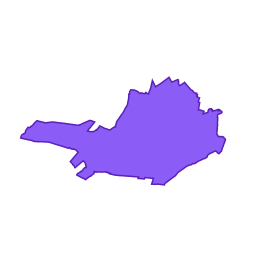 Miroslava, Iasi, Romania, rotated 293°
{"feature_id": "2599482B99405455155139", "entity_name": "Miroslava", "entity_type": "district", "adm_level": 2, "iso_a3": "ROU", "parent_name": "Romania", "parent_adm1": "Iasi", "projection": "natural_earth1", "projection_center": [27.489, 47.15], "detail": "fine", "context": "isolated", "style": "filled", "palette": "violet", "viewbox_px": 256, "rotation_deg": 293, "n_neighbors": 0, "source": "geoboundaries", "source_scale": "gbopen_adm2", "svg_char_len": 5616}
<svg xmlns="http://www.w3.org/2000/svg" viewBox="0 0 256 256"><g transform="rotate(293 128 128)"><path d="M88.4,178.6L89.8,183.7L91.5,183.7L95.7,186.2L97.5,187.2L102.6,190.3L107.0,191.5L107.4,191.9L114.7,196.4L115.3,196.7L115.7,196.7L115.8,196.9L115.9,197.0L116.3,197.6L117.7,198.9L117.9,199.0L118.3,199.8L118.8,200.5L119.2,200.8L120.0,201.2L120.5,201.5L120.8,201.7L120.8,201.9L120.8,202.5L121.7,203.7L122.0,203.9L123.6,204.8L125.3,206.0L127.0,207.7L127.6,208.1L128.2,208.8L128.7,209.1L129.1,209.4L129.5,210.0L129.9,210.6L130.2,210.9L131.8,211.9L132.4,212.2L134.0,211.9L134.7,212.2L135.9,213.1L136.8,213.4L137.1,213.8L137.4,214.3L137.7,214.6L138.8,215.5L139.5,216.1L141.2,217.6L141.1,218.0L140.2,220.2L139.8,220.8L139.9,221.3L139.9,221.6L140.0,221.9L140.9,222.1L142.1,222.6L143.1,223.1L143.3,223.0L144.3,222.9L145.7,222.8L146.6,222.7L148.7,222.7L151.5,222.4L151.8,222.5L151.8,222.4L152.7,222.4L153.1,222.3L153.8,222.4L154.8,222.4L155.4,222.2L155.7,222.1L156.1,221.3L156.3,220.4L157.0,219.5L156.8,219.3L156.8,218.9L157.0,218.3L156.3,216.8L156.2,216.3L155.9,215.4L155.5,215.1L155.8,214.0L156.3,213.4L156.8,212.7L156.8,212.3L158.8,211.4L159.3,211.3L159.6,211.3L160.7,211.0L162.7,210.3L162.9,210.1L164.4,209.7L164.6,209.5L165.7,209.4L166.6,208.8L167.2,208.5L171.8,206.9L172.9,206.3L172.9,206.0L172.9,205.9L173.4,205.9L174.5,205.5L175.4,205.4L176.5,206.2L176.7,206.5L176.9,206.9L177.2,207.3L178.0,207.9L179.1,208.4L179.5,208.3L180.7,205.0L180.3,204.7L179.9,204.5L179.6,204.5L179.1,204.7L178.9,204.4L179.3,204.0L179.8,203.8L179.7,203.7L180.1,203.4L179.7,203.1L176.4,199.2L177.6,198.8L177.8,198.6L177.4,197.9L177.6,197.5L178.3,197.4L178.4,197.2L177.2,195.3L176.5,195.6L176.2,195.0L176.0,194.9L175.3,195.1L173.5,195.4L170.4,191.6L172.5,191.5L172.9,191.5L173.1,191.4L172.7,186.6L172.7,186.4L172.3,185.7L175.0,185.1L176.8,184.6L178.1,184.4L178.7,184.2L179.0,184.2L179.4,184.1L179.4,182.5L180.8,182.3L181.7,182.3L183.6,182.1L183.6,181.5L183.7,179.4L184.0,179.4L184.0,179.0L185.7,179.0L185.6,177.8L186.8,177.8L186.7,177.0L186.3,175.4L186.4,175.0L187.7,172.7L187.7,171.3L188.0,170.6L190.7,164.9L192.1,162.3L191.3,162.0L191.1,161.7L190.0,160.9L189.4,160.7L187.3,159.0L187.1,158.8L188.0,157.7L190.0,156.4L190.2,156.6L191.6,155.7L191.9,155.6L192.1,155.0L188.9,151.9L187.3,150.4L188.0,149.4L190.7,146.0L181.2,140.4L179.5,139.2L176.7,137.2L180.8,132.5L181.0,132.2L180.9,132.2L181.2,131.9L173.7,133.3L168.3,133.4L167.4,133.6L167.3,133.4L167.4,131.5L167.5,131.3L167.6,131.1L167.6,130.4L167.3,130.5L166.5,130.4L166.1,129.7L165.6,127.9L165.7,127.4L165.5,126.3L165.4,126.3L165.4,126.2L165.2,126.0L165.0,125.8L164.7,125.8L164.6,125.4L164.5,124.3L164.8,124.0L164.9,123.8L165.1,123.7L165.1,123.4L165.4,122.8L165.4,120.5L165.4,119.2L165.1,117.9L164.6,116.6L164.4,116.2L164.2,115.6L162.6,115.4L161.8,115.4L159.8,116.2L159.5,115.5L157.3,116.4L156.9,116.5L155.6,117.0L154.7,117.2L151.2,117.9L149.7,118.3L148.8,118.4L145.8,117.9L140.5,117.5L137.7,116.8L131.7,115.6L130.7,115.3L128.8,115.2L127.5,115.5L127.0,115.4L126.5,115.6L124.5,115.5L124.2,115.6L124.0,115.9L123.7,115.4L123.1,114.6L118.9,112.0L118.9,110.7L118.7,107.6L118.5,106.5L118.7,105.3L118.8,103.5L118.9,101.7L118.8,101.0L117.5,101.0L117.1,101.1L116.7,100.9L116.7,100.7L113.8,99.9L114.0,99.5L112.7,98.8L111.7,98.1L111.4,97.8L110.2,95.6L109.5,92.9L109.5,92.3L109.3,92.1L109.4,91.8L120.5,95.0L120.4,91.5L120.1,90.0L120.0,89.8L115.0,85.0L113.4,83.6L112.1,82.6L111.9,82.0L111.7,82.1L111.4,81.7L110.9,80.7L107.5,68.1L105.2,60.2L104.3,56.8L104.0,56.1L103.5,55.1L101.4,51.6L101.1,51.1L100.5,49.8L99.4,43.2L99.2,41.4L98.0,40.8L95.2,39.6L94.4,39.6L92.0,38.5L91.6,38.4L91.3,37.8L90.5,37.7L89.9,37.1L89.7,36.9L89.8,36.4L89.5,35.6L89.0,35.6L86.0,34.9L85.4,34.8L83.4,35.3L83.3,35.2L82.7,34.9L81.6,33.9L80.9,33.4L79.9,32.9L79.3,32.9L76.8,33.1L77.7,38.3L78.7,43.3L78.9,44.5L78.9,44.9L79.0,45.5L78.9,46.5L80.2,50.5L81.7,53.9L82.1,55.3L83.3,58.4L84.0,60.4L84.2,61.9L84.8,68.4L85.6,75.3L85.6,76.3L85.9,78.1L85.9,80.6L86.1,80.9L86.3,81.1L87.1,81.8L86.6,82.5L86.5,83.2L86.7,83.7L86.9,84.0L86.7,84.4L87.0,85.8L87.4,86.0L87.4,87.4L87.5,88.3L86.6,90.6L86.2,91.6L74.5,88.0L73.1,91.3L72.7,91.4L72.5,91.6L72.5,91.9L72.6,92.2L72.6,92.4L72.5,92.7L72.0,93.2L71.5,93.8L70.7,94.5L70.8,94.8L71.0,94.9L72.8,95.8L74.0,96.4L75.1,96.9L76.2,97.5L80.3,99.6L79.5,101.7L78.9,102.4L78.0,103.3L77.7,103.2L77.5,103.4L76.8,104.0L76.3,104.3L75.9,104.6L75.7,104.9L75.3,104.9L75.3,104.6L75.1,104.5L74.6,103.7L74.4,103.6L73.7,103.3L72.2,102.8L71.7,102.9L71.0,102.6L69.5,101.5L69.2,101.5L68.9,101.6L68.7,101.1L67.3,100.2L66.8,99.7L66.5,99.5L65.5,99.2L64.7,99.2L64.3,103.9L64.1,107.6L64.1,107.9L63.9,109.2L65.7,110.0L66.5,110.6L68.0,111.4L68.8,112.0L68.9,112.3L69.2,112.6L71.6,113.7L72.0,113.9L72.3,114.3L72.5,114.4L72.8,114.4L73.4,114.3L74.0,114.1L74.7,113.7L74.9,113.9L74.9,114.1L74.8,114.3L74.9,114.8L74.7,114.9L74.6,115.1L74.7,115.4L74.8,115.6L74.9,115.8L75.0,116.0L75.2,116.5L75.4,116.9L75.5,117.1L75.7,117.4L75.7,117.6L76.3,118.3L76.4,118.6L76.5,119.3L76.6,119.7L76.8,119.9L77.4,121.5L78.2,123.2L78.4,123.5L78.6,123.6L78.7,124.3L78.6,124.5L78.8,125.9L79.2,126.0L79.2,126.3L79.4,126.6L79.1,126.8L78.9,127.3L79.0,127.5L79.2,128.0L78.9,127.9L78.9,128.3L78.9,128.5L78.7,128.7L78.9,128.9L79.0,129.1L78.8,129.5L78.7,129.6L78.7,129.9L79.0,130.4L79.2,130.2L79.3,130.3L79.0,130.8L79.1,132.1L79.4,133.2L79.6,134.1L79.5,134.3L79.8,135.1L80.9,138.8L82.1,142.1L82.9,144.5L83.2,145.2L83.3,145.8L83.6,146.5L84.9,150.3L85.9,153.6L86.4,154.6L87.0,156.9L85.5,156.9L87.5,163.0L89.0,162.9L89.4,164.3L90.5,167.7L90.8,168.9L91.6,171.1L85.5,171.7L86.2,173.3L86.5,174.4L87.7,176.8L88.4,178.6Z" fill="#8b5cf6" stroke="#5b21b6" stroke-width="1.5"/></g></svg>